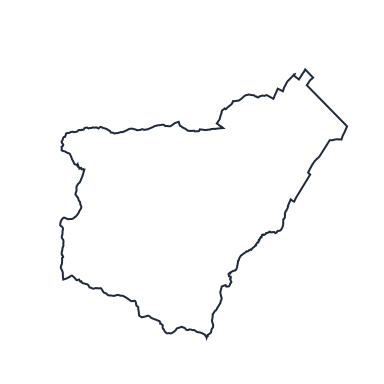 Turia, Covasna, Romania, rotated 282°
{"feature_id": "2599482B69568835310274", "entity_name": "Turia", "entity_type": "district", "adm_level": 2, "iso_a3": "ROU", "parent_name": "Romania", "parent_adm1": "Covasna", "projection": "robinson", "projection_center": [26.016, 46.065], "detail": "fine", "context": "isolated", "style": "outline", "palette": "slate", "viewbox_px": 384, "rotation_deg": 282, "n_neighbors": 0, "source": "geoboundaries", "source_scale": "gbopen_adm2", "svg_char_len": 5884}
<svg xmlns="http://www.w3.org/2000/svg" viewBox="0 0 384 384"><g transform="rotate(282 192 192)"><path d="M288.5,330.0L320.3,282.1L325.9,284.3L329.0,286.7L335.4,277.3L334.6,277.2L333.7,276.7L333.0,276.7L332.5,276.3L330.9,275.6L324.3,273.2L326.9,267.8L327.2,267.7L328.5,267.9L328.1,267.2L327.1,266.9L319.9,262.3L313.4,260.4L309.4,260.0L310.9,254.4L300.1,252.2L302.3,245.0L301.1,242.7L301.0,240.9L299.5,238.1L298.5,237.4L298.2,236.9L298.3,236.0L298.8,235.4L298.6,234.4L298.7,233.8L299.3,233.1L299.5,232.4L299.2,230.3L299.2,227.5L297.8,224.5L296.9,223.4L293.3,220.8L291.2,218.8L289.7,214.6L289.4,213.2L287.8,213.0L286.1,212.4L281.9,209.0L280.3,208.1L280.0,207.7L280.5,206.6L279.2,205.7L278.2,204.6L276.2,204.2L275.6,204.5L273.0,204.1L268.8,203.9L264.2,202.0L263.6,203.6L262.8,204.9L261.9,207.6L261.0,209.2L259.8,205.0L258.4,201.2L258.5,200.9L257.5,197.5L256.9,197.0L256.3,194.8L255.4,192.4L254.9,186.6L253.6,186.4L253.1,186.2L252.6,184.9L251.9,182.1L252.4,181.2L251.8,179.7L251.1,175.9L251.3,174.8L252.7,171.7L252.7,171.2L253.1,170.1L253.1,169.4L254.0,167.7L254.4,166.3L257.9,164.4L256.1,161.2L251.8,157.2L251.5,155.5L251.4,153.9L251.0,152.5L251.0,151.9L251.7,150.9L251.9,150.2L251.6,148.8L250.8,147.1L250.3,145.2L248.7,141.7L247.3,140.2L243.8,135.1L243.7,134.4L242.9,132.4L243.1,130.1L241.9,128.3L241.1,125.9L241.0,124.8L241.4,124.2L241.4,121.6L241.6,120.7L241.0,118.2L240.6,117.4L238.6,115.1L236.1,111.6L235.9,110.1L234.2,107.1L233.7,105.3L233.2,104.3L233.2,103.3L233.6,102.5L233.3,100.3L234.8,98.8L235.1,97.2L235.9,95.5L236.3,91.1L236.6,90.1L236.7,89.1L236.5,88.7L234.7,87.3L235.0,85.9L235.3,85.6L235.3,85.1L234.5,82.6L234.6,81.5L233.7,80.3L233.3,78.8L232.7,77.4L233.2,75.9L232.9,74.9L232.1,73.6L230.7,73.1L230.3,72.5L229.9,71.9L229.9,71.1L229.6,71.0L229.0,68.3L227.2,66.9L226.8,66.3L226.0,64.3L226.1,62.4L225.3,60.8L224.2,59.4L223.5,57.2L223.2,56.8L222.6,56.5L221.1,56.6L219.5,56.3L219.1,55.2L218.8,55.0L218.0,54.7L216.0,54.6L214.0,54.0L212.7,54.9L211.8,56.1L211.3,56.3L210.0,56.0L209.3,55.2L208.9,55.0L207.3,55.7L205.8,55.7L205.4,56.4L205.2,59.6L204.3,62.0L204.3,63.4L204.0,64.4L201.8,66.2L199.0,67.9L197.5,69.3L194.9,71.2L194.6,72.8L194.6,73.9L195.4,74.3L194.9,74.5L194.9,74.8L194.2,75.2L194.0,74.7L193.6,74.6L192.8,75.6L192.5,76.6L191.5,77.0L192.5,78.3L192.4,78.6L192.0,78.7L191.2,79.4L191.3,80.1L191.8,80.8L191.4,81.7L191.5,82.0L185.2,81.6L178.2,80.3L176.3,78.9L173.2,77.9L169.1,78.8L166.6,78.4L165.4,78.5L163.3,80.8L162.7,81.7L160.2,83.0L159.0,84.5L156.0,85.7L155.0,86.7L154.0,86.9L152.6,86.8L150.5,85.9L147.7,85.3L146.3,84.7L143.9,83.5L143.0,82.5L141.4,81.3L140.6,80.0L139.6,76.1L140.3,73.0L140.4,72.5L140.0,71.5L138.1,70.4L136.1,69.8L134.4,69.7L131.9,70.1L131.5,70.6L131.1,72.0L130.0,73.1L129.1,73.5L127.1,73.5L123.4,74.1L121.9,73.8L120.0,74.3L118.3,76.1L116.1,76.8L115.2,76.7L113.0,77.4L110.2,77.0L107.4,77.3L106.6,77.1L104.5,77.3L103.5,77.7L103.2,78.5L101.5,79.5L100.8,78.8L99.7,78.7L98.8,79.1L94.7,79.7L92.2,79.2L91.2,79.4L90.3,79.6L87.4,81.8L86.4,82.3L81.4,83.6L79.6,84.3L81.4,87.4L84.0,90.4L85.0,91.2L85.3,91.9L84.2,94.2L81.8,97.4L81.7,97.8L82.5,98.8L82.9,99.8L82.3,100.2L81.1,101.4L81.6,102.1L81.2,102.4L80.6,103.4L80.2,103.6L79.9,109.0L79.4,109.8L77.3,111.7L77.4,112.7L76.9,115.0L77.2,116.4L78.0,117.6L78.0,118.7L78.3,119.2L78.2,120.1L78.4,121.2L78.8,122.1L78.9,123.0L75.3,126.6L74.9,129.3L74.1,130.4L73.5,131.9L73.9,134.0L74.1,137.2L75.9,140.7L76.0,141.5L75.7,143.2L76.0,145.2L76.0,146.3L75.0,149.7L72.8,154.7L72.7,155.4L72.8,156.3L73.7,158.5L73.5,159.1L72.2,160.1L70.2,160.8L69.3,161.3L68.6,162.8L67.9,163.5L66.4,163.7L65.0,164.4L60.6,165.8L59.9,166.3L59.0,169.0L60.4,172.1L61.8,174.4L61.9,175.1L61.6,176.4L60.5,178.0L59.7,181.8L59.6,183.5L59.2,185.0L59.0,187.0L57.3,188.3L56.8,188.3L56.9,188.7L56.1,189.8L55.9,190.7L55.7,191.0L52.9,191.6L52.2,192.0L52.0,192.7L51.6,193.1L50.6,193.7L49.7,194.7L48.6,196.6L48.7,197.7L49.1,198.4L49.2,200.4L49.7,201.5L50.8,202.7L53.2,204.7L55.3,205.4L58.0,210.0L57.4,213.3L56.2,214.8L56.0,215.5L56.0,216.5L56.2,217.0L56.9,217.7L57.1,218.1L57.2,219.5L57.0,221.4L57.4,223.1L56.0,226.2L56.3,229.0L56.1,230.4L55.3,234.0L54.0,235.1L53.2,236.3L52.6,236.6L53.5,236.7L54.4,237.4L55.0,236.8L55.3,236.9L56.8,238.5L58.4,239.7L61.6,239.7L64.2,240.7L66.2,240.4L69.8,238.4L75.7,238.0L76.7,237.6L77.7,238.2L80.0,239.0L80.8,239.4L81.0,239.9L82.5,240.6L84.0,240.9L89.5,242.9L91.0,242.7L92.6,243.2L94.4,243.1L96.4,241.9L99.8,240.5L105.0,240.7L105.9,240.9L107.9,244.1L107.7,244.7L106.7,245.1L106.8,246.3L107.4,247.7L108.0,248.1L110.9,248.6L111.6,249.2L112.4,249.1L113.0,248.5L114.0,248.1L114.8,247.3L116.0,247.8L116.9,247.7L117.3,247.4L117.2,246.6L117.4,246.2L117.3,245.7L118.4,245.3L118.9,244.9L119.6,244.8L120.9,245.9L120.5,246.4L121.6,246.8L122.8,247.9L123.6,249.1L124.0,250.2L124.4,250.4L124.5,250.8L125.0,251.1L126.1,251.5L127.8,251.7L132.3,251.6L134.3,251.4L134.9,251.9L136.9,252.0L139.9,253.0L140.9,254.0L142.3,255.1L143.9,256.7L145.3,257.6L145.2,258.2L145.6,259.0L146.8,259.7L147.0,260.5L148.0,261.3L147.8,261.9L149.4,262.7L151.9,264.7L152.7,264.9L153.1,265.8L153.4,265.8L153.7,265.5L154.4,265.6L156.2,266.5L156.4,267.3L158.9,267.3L158.8,267.9L161.2,268.2L161.8,268.9L162.3,268.8L162.4,269.5L164.5,269.4L165.2,270.4L164.8,270.9L165.0,271.5L166.5,272.9L167.2,273.0L167.5,273.5L167.7,274.5L169.4,276.1L169.4,276.3L168.8,276.6L168.8,276.8L169.2,278.1L169.3,278.9L169.8,279.8L169.7,280.3L169.9,281.0L169.1,282.1L170.0,283.2L171.5,283.8L172.3,285.5L172.4,286.0L173.7,287.0L176.3,287.8L178.7,288.0L184.2,287.0L184.5,287.4L186.2,288.1L188.7,287.8L189.9,287.3L190.5,287.5L191.5,287.4L192.8,287.7L193.3,288.2L194.2,288.2L195.4,288.7L197.9,289.0L198.1,288.7L204.5,289.9L205.3,290.1L204.1,292.6L203.8,293.9L208.5,295.1L233.7,304.0L234.7,302.0L235.3,301.5L243.6,303.9L247.2,305.4L249.7,306.8L252.6,308.9L253.8,309.5L271.4,316.0L271.7,318.1L273.6,322.3L274.4,327.3L278.2,327.7L282.3,328.8L288.5,330.0Z" fill="none" stroke="#1e293b" stroke-width="2"/></g></svg>